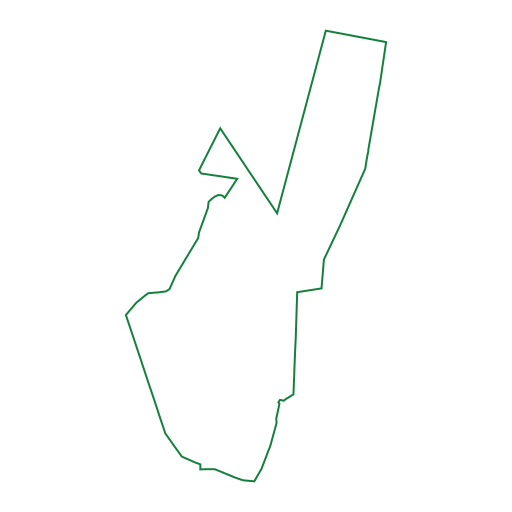 outline of San Martín Tilcajete, Oaxaca, Mexico
{"feature_id": "50627088B8029202645332", "entity_name": "San Martín Tilcajete", "entity_type": "district", "adm_level": 2, "iso_a3": "MEX", "parent_name": "Mexico", "parent_adm1": "Oaxaca", "projection": "equal_earth", "projection_center": [-96.696, 16.879], "detail": "fine", "context": "isolated", "style": "outline", "palette": "green", "viewbox_px": 512, "rotation_deg": 0, "n_neighbors": 0, "source": "geoboundaries", "source_scale": "gbopen_adm2", "svg_char_len": 1335}
<svg xmlns="http://www.w3.org/2000/svg" viewBox="0 0 512 512"><path d="M220.2,128.3L199.0,170.4L201.3,173.5L237.2,178.8L224.7,197.8L222.7,195.8L221.1,195.3L218.4,195.0L214.9,196.5L211.7,198.9L208.6,201.9L207.9,208.1L199.0,232.5L198.2,238.0L175.4,275.9L172.3,282.9L169.5,289.1L165.9,291.4L162.0,291.9L158.4,292.4L154.2,292.7L148.3,293.2L145.1,295.5L136.4,302.6L125.9,315.0L140.2,357.9L141.2,360.8L142.0,363.5L143.6,368.2L146.6,377.3L147.6,380.3L148.8,384.0L150.1,387.7L152.0,393.3L157.1,408.7L159.3,415.5L163.5,428.0L165.2,433.2L166.1,434.5L173.7,445.3L179.4,453.2L181.9,456.7L182.2,456.8L189.1,459.8L194.5,462.2L194.8,462.3L200.4,464.4L200.3,468.5L200.3,469.4L206.8,469.2L214.8,469.2L234.6,477.4L240.4,479.4L243.1,480.3L254.3,481.3L261.5,468.8L264.8,460.2L265.7,457.9L268.4,450.6L269.1,449.0L269.7,447.4L270.5,445.2L276.6,422.8L276.2,418.6L276.5,417.5L278.1,410.0L278.6,407.7L279.4,403.9L278.4,402.4L279.1,401.3L280.0,399.9L283.8,400.7L285.8,399.1L293.4,394.4L293.5,393.1L293.8,385.5L294.0,379.2L294.1,378.7L294.2,375.8L294.3,372.2L294.3,371.3L294.6,363.8L295.3,346.5L295.7,339.0L297.2,292.2L313.2,289.7L321.5,288.4L323.9,259.6L340.1,225.4L363.6,172.4L365.3,168.5L365.9,164.3L367.4,155.3L368.3,151.6L368.3,149.9L379.1,87.5L379.9,84.0L386.1,42.1L325.8,30.7L277.1,213.3L220.2,128.3Z" fill="none" stroke="#15803d" stroke-width="2"/></svg>